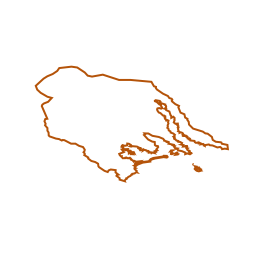 the district of Djúpavogshreppur, Austurland, Iceland, rotated 20°
{"feature_id": "244011B85487583844878", "entity_name": "Djúpavogshreppur", "entity_type": "district", "adm_level": 2, "iso_a3": "ISL", "parent_name": "Iceland", "parent_adm1": "Austurland", "projection": "robinson", "projection_center": [-14.412, 64.651], "detail": "fine", "context": "isolated", "style": "outline", "palette": "amber", "viewbox_px": 256, "rotation_deg": 20, "n_neighbors": 0, "source": "geoboundaries", "source_scale": "gbopen_adm2", "svg_char_len": 6082}
<svg xmlns="http://www.w3.org/2000/svg" viewBox="0 0 256 256"><g transform="rotate(20 128 128)"><path d="M26.9,119.9L29.6,123.0L33.9,124.8L41.6,126.2L46.1,125.8L44.0,130.7L40.6,133.7L39.5,135.5L39.5,136.9L49.0,146.9L47.2,147.9L47.2,150.2L49.2,152.3L49.1,153.8L52.3,155.6L53.2,158.1L54.9,159.4L56.1,162.2L57.3,162.7L63.9,162.6L67.0,162.0L70.1,162.4L70.7,161.6L72.4,161.2L79.9,162.2L84.0,160.7L88.0,161.5L92.3,161.3L94.8,163.2L95.0,164.5L94.5,166.0L96.0,166.7L96.4,167.6L96.2,168.4L100.7,169.3L101.0,170.3L104.8,171.5L108.9,171.2L112.1,171.8L113.3,174.1L114.2,174.7L120.6,176.3L124.0,176.3L124.3,174.5L126.0,172.9L130.8,171.8L131.5,174.0L134.9,175.1L133.6,176.0L133.5,176.9L137.3,178.0L137.8,179.4L143.2,179.1L142.8,178.7L143.5,176.7L144.0,176.4L143.7,175.8L144.3,175.5L145.0,173.9L146.8,172.0L147.1,170.7L147.9,170.3L147.7,169.6L149.8,168.4L150.8,166.7L151.6,166.6L151.0,166.3L150.8,165.3L148.3,164.4L147.9,163.8L148.8,163.1L148.0,163.0L147.7,162.3L149.5,159.2L153.7,155.5L160.5,151.9L160.1,151.1L160.8,149.7L164.0,147.3L171.4,143.2L174.6,142.5L175.1,141.6L174.1,140.9L171.0,141.9L170.5,142.9L162.0,147.5L159.9,149.5L158.9,152.1L153.1,155.1L151.6,156.8L149.7,158.2L147.4,161.1L146.8,161.1L147.2,160.7L147.0,159.7L147.3,158.4L150.0,156.5L151.0,155.0L147.2,156.9L145.0,156.7L144.4,157.0L144.6,157.5L143.1,156.7L141.9,156.8L140.3,155.9L140.7,155.6L140.0,155.3L138.4,156.5L136.4,156.3L135.7,156.8L135.9,157.2L133.4,158.2L132.0,157.4L131.8,156.7L131.2,157.1L129.5,156.3L128.6,155.3L132.4,152.0L129.5,150.3L130.7,149.5L130.3,149.1L130.5,148.3L130.1,147.8L128.3,147.9L128.3,146.8L128.8,145.9L131.2,145.8L133.1,144.5L132.6,142.9L134.3,142.5L136.7,143.0L137.2,143.5L136.2,144.5L136.7,144.5L137.7,144.2L137.8,143.7L142.8,142.4L144.6,142.6L144.6,143.3L146.6,142.5L146.9,142.6L145.7,143.8L147.1,144.8L149.0,143.8L149.8,142.7L150.4,142.9L150.3,143.5L150.7,143.0L152.5,142.7L153.0,143.1L154.6,142.7L154.6,143.4L156.0,143.1L156.1,144.0L157.9,143.0L158.6,143.7L159.4,142.7L161.4,142.5L160.9,142.2L161.1,141.5L162.8,140.7L162.6,139.8L161.8,139.9L162.2,139.5L162.1,138.9L162.8,138.7L162.0,138.2L162.9,135.6L162.3,134.8L160.2,135.2L159.1,134.8L157.9,132.0L155.5,132.5L150.8,131.9L145.4,129.1L146.2,128.0L145.3,127.4L149.1,126.2L153.6,127.0L160.0,125.9L164.7,126.1L166.3,127.0L166.3,127.5L170.2,127.3L169.8,127.9L171.2,127.9L172.3,128.5L172.1,128.8L177.1,128.1L177.4,128.4L176.8,129.0L178.3,129.0L177.9,130.0L179.0,130.8L181.6,130.3L181.2,131.0L182.0,131.1L182.7,131.9L186.6,131.3L190.3,131.5L191.0,132.0L190.5,132.3L190.7,133.0L192.4,131.6L195.2,131.5L195.5,131.1L194.5,130.7L195.4,130.2L195.9,130.5L196.9,129.3L196.1,130.0L194.3,130.0L193.1,129.1L193.0,128.4L191.3,128.3L190.5,127.5L191.0,126.7L189.5,126.8L189.2,125.8L190.4,124.5L188.0,125.3L187.9,125.8L186.2,126.6L186.4,125.8L187.0,125.6L185.6,126.0L185.2,125.7L185.5,125.1L183.8,125.3L184.3,124.9L183.8,124.6L183.9,123.6L181.9,123.3L179.7,123.8L179.2,123.5L179.3,123.0L177.8,123.2L176.6,122.6L176.9,121.8L176.2,122.5L175.1,122.4L174.5,121.4L174.8,121.0L173.7,120.6L174.4,119.8L174.1,119.6L174.4,118.4L172.5,117.7L169.6,117.7L169.1,116.7L167.1,116.3L166.1,114.7L164.9,114.4L164.9,112.7L164.3,111.9L164.5,110.0L163.7,109.0L163.5,107.2L162.0,107.1L161.4,107.9L159.9,106.4L159.0,104.2L158.4,104.2L158.4,105.0L157.7,104.0L156.6,104.3L153.4,102.9L151.6,102.9L149.6,101.5L148.9,100.4L149.0,99.5L150.5,98.6L152.5,98.5L153.2,97.8L153.1,97.2L151.2,95.7L151.1,95.1L149.3,95.1L146.2,93.7L144.1,93.6L143.9,93.2L144.5,92.4L148.6,91.7L149.5,92.2L149.0,93.4L154.7,93.2L154.6,93.6L156.0,94.1L156.6,95.0L156.4,96.0L156.9,96.3L155.8,97.3L157.2,97.3L157.7,98.1L161.3,98.4L163.6,101.4L164.4,101.7L165.2,103.7L166.8,101.9L168.4,102.7L168.7,104.4L169.1,104.6L169.1,107.1L171.1,107.8L173.3,106.8L173.6,107.4L172.8,108.1L174.7,109.0L174.5,110.2L175.3,110.4L175.2,111.7L176.4,113.2L176.2,113.9L178.1,114.1L178.2,114.8L179.1,114.0L180.8,114.0L181.6,114.4L181.5,115.4L182.7,115.4L182.5,116.0L183.8,115.7L183.5,116.3L185.9,115.5L186.8,115.9L186.5,116.7L187.4,116.8L187.7,117.4L189.1,116.7L189.8,116.9L189.6,117.8L190.5,117.7L190.8,118.4L194.9,117.4L195.6,118.4L197.0,118.7L199.3,117.3L201.8,117.6L201.7,118.6L204.1,117.3L205.2,117.7L205.2,118.5L206.2,118.6L205.9,118.1L206.3,117.7L209.6,115.8L210.8,116.2L213.4,115.5L218.6,115.7L221.1,114.3L222.7,114.8L223.6,115.7L226.0,114.3L229.1,113.7L227.2,109.9L221.6,110.7L220.7,109.7L220.0,109.7L215.2,110.9L211.7,110.2L209.9,107.7L204.8,106.1L202.5,106.6L199.5,105.8L189.4,106.3L184.2,103.9L182.9,101.4L180.9,100.0L180.8,99.1L178.1,98.6L176.3,95.8L172.1,95.6L168.3,91.4L168.4,89.8L164.4,89.4L160.4,88.0L159.8,87.5L160.0,86.3L159.1,85.6L156.5,85.7L154.6,84.3L149.2,83.8L141.9,81.9L140.5,80.9L140.2,79.8L138.1,79.9L134.2,76.6L114.2,81.9L103.1,85.9L86.1,86.5L76.6,92.0L72.2,92.6L68.4,90.6L59.6,88.5L53.9,89.7L42.9,95.2L42.0,98.6L38.8,103.0L34.5,107.0L31.8,110.5L26.9,119.9ZM209.1,141.7L210.1,141.3L208.0,141.8L207.6,141.2L204.9,141.5L204.7,143.2L206.3,143.4L205.4,144.0L206.2,144.4L207.4,143.8L206.8,144.5L207.3,144.7L209.4,144.5L211.0,143.3L210.0,142.9L211.0,142.7L210.5,142.4L210.7,141.9L209.1,141.7ZM141.8,150.9L138.2,148.5L137.5,148.9L136.2,148.7L135.7,149.3L136.4,149.4L136.4,150.0L139.2,150.3L139.4,151.0L138.9,152.3L139.4,151.6L141.8,150.9ZM134.4,149.0L134.7,148.0L130.8,149.6L133.6,149.7L134.4,149.0ZM177.8,133.7L176.1,134.4L175.8,135.4L177.1,134.6L177.8,133.7ZM182.9,135.4L182.9,134.5L182.4,134.3L181.5,135.3L182.9,135.4ZM184.1,135.4L183.1,135.4L182.4,136.6L183.9,135.8L184.1,135.4ZM204.7,141.5L205.3,141.3L205.4,140.9L204.1,141.1L204.7,141.5ZM176.4,137.9L178.2,137.6L178.4,137.4L177.8,137.2L176.4,137.9ZM207.8,140.8L208.6,140.9L208.9,140.7L207.8,140.8ZM177.0,136.0L177.5,136.2L178.3,135.4L177.0,136.0ZM141.1,148.9L142.2,149.2L141.7,148.7L141.1,148.9ZM179.6,136.5L179.0,136.4L178.3,136.9L179.0,136.8L179.6,136.5ZM198.8,119.0L199.3,118.6L199.5,118.3L199.2,118.4L198.8,119.0ZM137.9,152.0L137.2,151.8L136.8,152.0L137.9,152.0ZM193.9,128.5L194.5,128.3L194.6,128.2L193.9,128.5ZM200.9,140.0L201.4,140.0L201.6,139.9L200.9,140.0ZM201.6,139.7L201.9,139.6L201.2,139.6L201.6,139.7Z" fill="none" stroke="#b45309" stroke-width="2"/></g></svg>